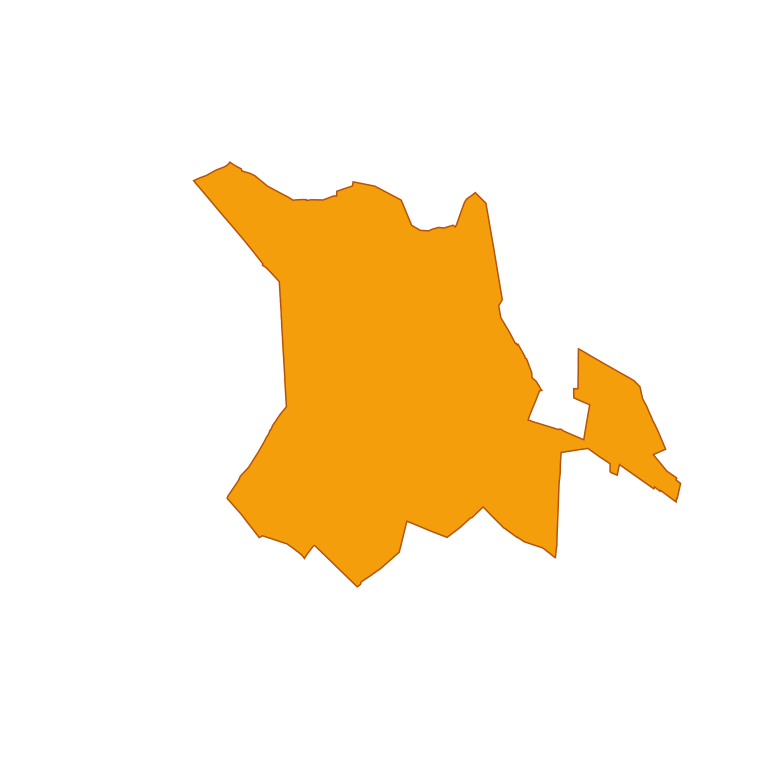 the district of Talsi, Talsi, Latvia, rotated 230°
{"feature_id": "27541924B77419719767083", "entity_name": "Talsi", "entity_type": "district", "adm_level": 2, "iso_a3": "LVA", "parent_name": "Latvia", "parent_adm1": "Talsi", "projection": "robinson", "projection_center": [22.584, 57.246], "detail": "fine", "context": "isolated", "style": "filled", "palette": "amber", "viewbox_px": 768, "rotation_deg": 230, "n_neighbors": 0, "source": "geoboundaries", "source_scale": "gbopen_adm2", "svg_char_len": 4359}
<svg xmlns="http://www.w3.org/2000/svg" viewBox="0 0 768 768"><g transform="rotate(230 384 384)"><path d="M346.6,189.7L345.8,193.4L332.5,201.6L325.6,205.8L324.5,206.6L324.0,206.9L322.4,207.3L316.4,208.9L316.2,209.0L313.5,209.5L310.2,210.3L307.6,210.7L305.6,211.1L301.5,210.9L301.9,211.9L303.1,216.0L305.3,225.6L304.9,227.1L249.0,232.8L245.9,233.1L245.7,234.0L245.7,237.3L245.8,237.6L246.1,238.0L246.4,238.3L246.7,238.6L246.9,238.9L247.0,239.3L246.9,240.7L246.8,241.7L246.7,242.9L246.3,246.3L245.9,250.1L245.7,251.8L245.7,252.3L245.4,256.1L245.1,259.7L244.8,262.5L245.4,287.6L247.7,290.7L249.9,293.8L254.2,299.6L258.4,305.4L259.0,306.2L259.6,307.0L261.9,310.1L264.2,313.3L259.9,315.6L258.3,316.5L241.8,325.0L226.0,333.7L225.4,345.5L225.2,350.6L225.8,363.9L225.1,365.7L226.1,380.9L213.9,381.8L213.3,381.8L208.1,382.3L197.2,383.2L196.8,383.2L195.6,383.7L192.7,384.4L182.2,387.0L180.9,387.3L180.9,387.7L179.9,388.0L173.0,390.0L156.8,400.0L154.5,400.7L151.5,401.3L148.7,401.9L142.2,403.2L140.9,403.5L141.0,403.9L143.5,406.5L146.8,409.8L149.2,412.6L150.2,413.5L151.3,414.4L157.6,420.0L176.6,437.3L195.3,454.2L202.5,461.7L208.3,466.8L209.2,467.6L217.7,475.6L214.0,481.8L212.4,484.4L208.2,491.4L207.5,492.5L203.8,498.3L203.6,498.8L188.3,502.7L186.9,503.2L183.2,504.3L177.6,505.9L171.5,500.8L169.7,501.2L164.3,504.0L170.9,512.6L130.3,523.3L131.2,525.1L124.4,526.5L124.8,527.4L117.4,529.2L114.0,530.0L105.9,531.9L107.7,533.8L108.4,534.9L107.9,535.1L109.1,536.7L117.2,547.3L117.7,547.2L122.9,546.0L123.8,547.8L135.4,544.7L156.8,544.9L153.0,557.8L170.0,563.1L177.9,565.2L180.3,565.8L182.9,566.3L187.0,567.6L191.7,568.9L192.3,569.1L194.9,569.9L198.6,571.0L206.5,572.6L209.6,574.3L210.2,574.5L213.7,576.4L217.3,578.3L225.7,577.7L230.5,576.0L249.7,568.8L267.9,562.1L285.0,556.0L285.9,555.5L278.9,549.4L275.4,546.5L274.2,545.5L273.6,544.9L271.7,543.4L269.9,541.8L268.1,540.3L264.5,537.1L261.0,534.1L257.1,530.8L255.7,529.5L258.5,526.3L255.2,523.6L251.4,520.5L247.4,522.4L235.8,528.2L229.9,521.1L218.7,507.9L212.9,501.2L216.6,499.3L225.1,495.0L232.4,491.4L235.6,490.5L236.8,489.3L236.9,488.4L247.6,481.5L247.9,481.3L256.3,475.9L257.2,475.2L263.8,471.3L265.7,474.3L269.8,481.9L273.4,489.0L278.7,498.6L277.7,500.8L280.7,501.0L284.0,501.8L284.5,501.6L285.9,502.0L288.7,502.3L293.6,501.4L297.7,504.4L306.6,507.6L311.8,509.4L312.9,508.9L313.8,509.1L314.8,509.7L328.2,512.2L328.2,511.1L330.1,511.5L330.4,511.2L330.6,510.7L335.4,511.7L337.0,512.1L342.6,513.3L343.2,513.4L344.0,513.6L359.7,516.1L370.2,522.1L372.5,528.8L394.3,541.6L414.2,553.4L445.3,571.5L457.0,578.3L472.0,576.9L472.0,573.0L472.5,567.7L472.5,565.9L472.0,564.1L471.0,561.7L469.1,558.4L466.5,553.9L459.4,541.9L458.5,539.6L459.8,539.3L461.2,539.0L465.0,530.1L468.8,526.5L468.9,526.4L471.7,520.1L472.5,516.8L478.3,510.6L483.0,508.9L487.8,507.2L499.4,510.8L511.0,514.5L512.1,514.8L513.1,515.2L513.8,515.4L541.3,504.2L542.4,503.4L543.5,502.5L551.1,496.4L558.7,490.3L556.0,487.0L559.4,478.5L562.0,471.7L559.9,469.8L558.5,468.5L560.3,466.5L561.4,463.4L564.1,455.7L571.8,446.8L574.4,442.6L575.2,442.9L576.8,441.2L579.6,437.6L582.2,434.1L583.1,432.5L588.5,430.8L593.3,428.8L610.8,421.8L613.6,421.4L626.7,418.9L631.6,416.7L638.5,412.1L639.1,412.4L640.7,412.9L645.4,410.9L647.5,410.1L649.4,409.5L653.0,408.5L652.4,405.6L652.8,401.7L654.5,396.7L655.8,393.0L658.0,381.7L660.1,376.0L661.8,370.3L662.1,368.8L658.4,368.8L656.0,368.8L647.8,368.9L618.0,368.9L606.8,369.1L585.6,369.2L577.9,369.1L568.5,368.9L554.1,368.4L553.4,368.4L553.6,368.3L553.1,367.2L549.1,368.5L545.5,368.8L537.9,369.2L531.3,369.5L529.8,369.6L523.5,365.0L520.7,362.9L519.3,361.8L515.4,359.0L515.1,358.7L514.9,358.9L514.2,358.3L514.1,358.2L514.3,358.1L511.4,356.0L507.7,353.3L506.8,352.6L504.9,351.2L500.7,347.9L497.4,345.6L496.1,344.4L492.3,341.6L490.1,339.9L485.5,336.6L481.9,333.8L478.2,331.1L474.5,328.3L470.7,325.5L467.0,322.8L463.3,320.0L462.2,319.2L459.5,317.2L455.2,314.0L452.8,312.3L451.1,310.8L446.1,307.1L432.8,297.2L429.3,294.6L428.8,292.0L428.4,289.9L427.6,285.4L426.0,279.8L425.2,277.2L424.4,274.1L423.7,271.8L422.0,268.5L421.7,266.5L421.4,266.6L419.6,262.6L419.2,261.7L419.1,260.8L418.7,259.6L416.3,253.9L414.4,248.6L413.3,245.7L412.6,243.8L407.1,226.4L407.0,225.0L405.7,214.7L403.5,210.1L398.7,193.2L397.5,190.6L397.0,190.3L395.2,190.4L374.7,190.9L367.9,190.5L353.9,190.0L346.6,189.7Z" fill="#f59e0b" stroke="#b45309" stroke-width="1.5"/></g></svg>